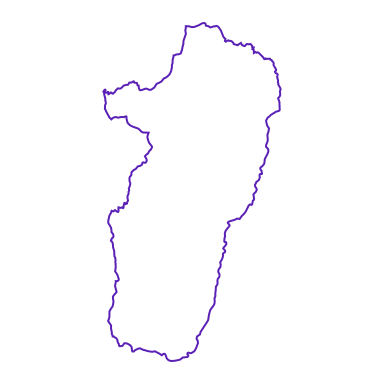 the district of La Peña, Cundinamarca, Colombia
{"feature_id": "7082276B76802469415044", "entity_name": "La Peña", "entity_type": "district", "adm_level": 2, "iso_a3": "COL", "parent_name": "Colombia", "parent_adm1": "Cundinamarca", "projection": "natural_earth1", "projection_center": [-74.408, 5.202], "detail": "fine", "context": "isolated", "style": "outline", "palette": "violet", "viewbox_px": 384, "rotation_deg": 0, "n_neighbors": 0, "source": "geoboundaries", "source_scale": "gbopen_adm2", "svg_char_len": 5940}
<svg xmlns="http://www.w3.org/2000/svg" viewBox="0 0 384 384"><path d="M103.4,91.5L104.2,93.4L104.3,94.9L105.3,98.6L105.3,100.2L105.8,102.6L105.8,103.7L105.1,105.1L104.9,109.0L105.8,110.2L105.9,111.0L109.4,117.5L111.4,119.4L112.6,118.1L114.6,117.2L116.2,117.1L118.0,117.7L121.1,117.0L124.0,117.1L125.8,116.3L126.4,116.5L126.5,118.6L127.4,122.3L128.0,123.3L129.8,125.1L132.4,126.5L138.0,128.5L139.5,129.6L141.0,131.3L142.2,132.2L143.4,132.5L148.6,132.7L147.5,136.0L147.4,137.2L147.8,139.2L149.0,142.6L151.9,146.4L152.0,147.1L151.0,149.4L149.2,151.1L148.0,153.5L146.2,154.8L144.9,156.3L146.3,158.7L146.7,160.0L146.6,161.2L145.7,162.6L144.5,162.8L143.3,162.3L142.7,162.6L142.2,163.2L142.2,164.1L141.5,165.1L139.8,166.0L138.4,166.2L137.6,166.6L135.8,168.9L133.8,170.0L131.5,172.2L131.4,174.0L131.2,175.3L129.8,176.9L129.4,178.7L129.6,181.3L130.2,183.0L130.3,183.9L129.4,187.2L128.8,188.4L129.2,190.4L128.5,191.9L128.6,193.7L127.5,196.1L127.5,197.8L128.0,200.7L127.1,202.2L127.0,203.5L125.4,204.2L125.1,203.9L125.0,203.0L124.4,202.9L123.7,205.2L123.5,207.5L123.2,208.1L122.8,208.1L122.0,207.4L120.4,207.9L118.5,207.3L118.4,208.9L118.6,210.9L118.2,211.9L117.2,211.8L115.0,210.1L113.2,211.4L111.6,210.8L111.1,212.7L109.4,215.6L108.4,220.1L108.2,222.1L108.5,223.5L109.7,225.2L111.0,227.7L111.5,230.4L111.5,232.1L113.1,234.1L113.5,236.0L113.2,237.3L112.2,238.1L111.5,239.1L110.9,240.8L112.1,241.8L112.8,243.6L113.1,247.4L114.2,251.1L114.4,256.1L115.4,258.2L115.3,259.3L115.6,260.8L115.3,262.5L115.6,263.4L115.7,267.6L115.1,271.3L117.3,274.6L118.8,279.2L118.6,280.1L117.9,280.8L116.9,281.2L115.8,281.1L115.9,281.6L115.1,285.4L115.1,286.3L116.6,292.0L113.7,295.4L113.0,296.6L112.9,297.6L113.5,301.8L112.9,305.2L112.5,306.5L111.0,308.6L109.5,311.3L109.4,317.0L108.8,319.2L108.1,321.0L111.1,325.5L111.0,328.3L111.8,332.3L111.8,334.0L112.7,335.8L112.7,336.5L114.0,336.6L114.3,337.1L116.0,338.0L116.7,338.8L117.5,340.3L117.6,341.6L118.2,343.1L118.8,343.9L118.9,345.0L119.4,346.1L121.2,346.1L122.5,345.8L124.3,343.3L125.0,343.2L127.4,343.6L130.3,345.3L131.4,346.7L131.7,347.5L132.0,350.6L132.4,351.4L133.1,351.6L133.7,351.5L135.2,350.1L138.1,348.7L139.9,348.3L142.6,349.6L148.7,351.3L152.3,351.8L154.9,351.3L159.4,353.6L161.6,355.2L162.0,355.2L162.5,354.5L163.8,353.8L164.8,353.9L165.3,354.5L166.8,358.4L168.0,359.7L169.2,360.5L171.2,361.0L174.6,360.8L178.6,360.0L180.3,359.5L182.8,357.5L187.5,357.0L188.3,355.9L188.2,355.3L187.3,354.1L187.7,352.9L188.6,352.6L190.0,353.1L191.3,353.1L194.3,351.3L196.1,348.2L198.0,343.0L197.7,340.7L196.8,339.4L196.6,338.7L197.0,336.5L200.0,334.4L200.5,332.1L201.1,331.1L207.3,321.6L208.2,319.9L209.0,314.6L210.1,310.5L210.7,309.4L213.9,305.0L214.4,303.8L214.7,302.0L214.5,298.1L215.2,296.7L215.4,295.5L215.3,293.0L215.7,290.7L215.9,286.6L217.1,285.0L217.6,283.4L217.4,280.8L217.8,278.8L219.2,277.2L219.5,276.0L219.4,273.9L218.5,272.6L218.2,270.9L218.9,269.0L220.3,267.3L220.5,266.4L220.7,264.8L220.2,262.3L221.9,259.5L222.8,257.0L223.1,255.5L222.9,254.6L223.1,253.5L223.4,253.1L224.8,252.4L225.2,251.7L225.0,250.4L223.2,248.5L223.6,247.6L225.1,246.0L226.3,244.2L226.2,242.4L225.9,242.1L224.8,242.1L224.3,241.5L224.4,239.4L224.7,237.3L225.1,236.6L224.8,233.6L225.4,231.3L226.2,230.0L229.5,225.8L229.5,225.0L227.8,222.9L227.9,222.3L229.1,221.5L235.0,219.7L236.9,218.7L237.4,218.6L239.6,219.0L241.9,215.8L243.7,214.2L245.7,211.6L248.7,205.5L250.1,204.4L251.5,204.9L252.2,204.2L252.9,200.6L253.9,199.8L254.1,199.0L253.4,194.6L253.8,193.9L256.0,191.6L256.7,189.9L256.6,188.7L255.1,186.4L255.0,184.8L256.1,182.8L256.3,182.0L258.0,180.8L259.0,179.8L259.8,177.5L259.5,175.1L259.8,174.3L260.5,173.9L261.5,174.1L262.0,173.8L261.6,171.0L260.3,169.1L260.3,168.1L260.6,167.4L262.1,166.4L264.0,164.1L264.4,163.0L264.8,159.0L267.2,154.5L268.3,151.8L268.3,149.5L267.8,148.6L266.1,146.9L266.0,145.8L266.4,144.2L267.2,142.5L267.8,140.0L267.4,134.7L268.5,131.5L269.0,128.3L267.2,125.7L266.4,122.5L266.1,120.4L267.8,117.5L269.5,116.4L270.7,115.0L276.0,111.7L278.9,110.9L279.5,110.3L279.7,109.5L279.4,101.8L278.1,98.3L279.8,96.2L280.1,95.3L280.2,93.5L279.9,91.6L280.6,89.1L280.2,87.9L278.2,84.4L278.4,83.5L277.9,82.4L278.1,80.9L277.8,79.2L277.4,78.6L277.4,77.3L277.1,76.9L277.4,76.0L277.6,74.3L277.1,73.7L275.7,73.1L274.9,71.8L275.0,71.5L276.0,70.6L276.1,69.5L273.7,65.4L273.5,64.6L273.7,63.7L273.4,62.3L272.3,61.3L271.5,60.0L270.4,59.7L269.9,58.7L267.0,58.9L266.6,58.7L265.9,59.0L265.4,58.5L264.3,59.1L262.8,56.9L258.3,52.5L257.4,52.3L256.4,52.7L255.5,52.0L253.9,53.0L253.8,50.0L252.4,49.1L253.6,48.0L253.8,47.4L252.2,47.2L252.1,45.8L250.5,44.0L248.8,44.3L247.0,44.0L246.2,44.4L244.9,46.0L244.3,46.1L242.9,45.4L242.2,45.3L240.9,42.9L239.4,44.0L238.1,44.6L237.8,45.2L233.7,44.1L233.3,42.8L231.6,41.2L230.3,40.8L229.2,40.9L228.4,40.4L227.6,40.5L226.3,41.5L225.6,41.6L224.9,40.9L225.4,38.7L224.4,38.1L223.4,36.8L221.0,30.7L218.6,27.1L217.2,26.1L216.1,25.9L215.5,26.3L213.3,26.4L212.2,27.0L210.3,27.4L208.4,26.2L205.9,25.6L205.5,23.8L205.1,23.4L204.2,23.0L203.1,23.1L201.8,23.5L198.9,25.2L194.1,27.0L191.8,27.1L188.9,26.3L185.8,26.2L185.8,28.2L185.3,30.4L185.9,33.8L183.4,41.2L183.4,43.9L182.4,47.5L182.0,50.2L181.4,51.1L181.1,52.9L180.5,53.6L178.6,54.3L176.1,54.5L174.7,55.3L173.6,55.4L173.2,58.2L172.8,59.0L172.6,60.6L172.6,63.0L171.9,65.1L171.9,67.4L171.2,70.8L170.1,73.3L169.4,74.5L167.5,76.4L165.1,78.0L163.9,78.4L161.4,81.5L159.3,82.7L156.9,83.7L156.3,84.3L154.4,87.4L151.5,89.5L150.9,89.8L149.2,89.8L146.9,88.8L145.7,88.6L141.5,90.1L140.0,90.2L139.2,89.1L138.7,87.1L138.7,85.6L137.5,85.3L136.9,83.0L134.3,82.6L134.0,82.2L133.9,81.5L133.6,81.3L131.3,82.6L129.3,82.6L128.4,84.3L127.7,84.9L126.0,84.9L123.5,85.7L121.9,87.5L120.7,88.4L120.0,88.6L117.8,88.4L115.8,90.4L114.6,92.3L112.9,93.7L112.4,93.7L111.5,92.6L110.9,92.5L108.8,94.2L108.4,94.3L108.2,93.9L108.4,92.2L108.2,92.0L107.7,91.9L106.6,92.7L105.7,92.7L105.2,92.4L104.9,91.6L105.5,90.2L105.4,89.7L105.2,89.6L104.7,89.8L103.4,91.5Z" fill="none" stroke="#5b21b6" stroke-width="2"/></svg>